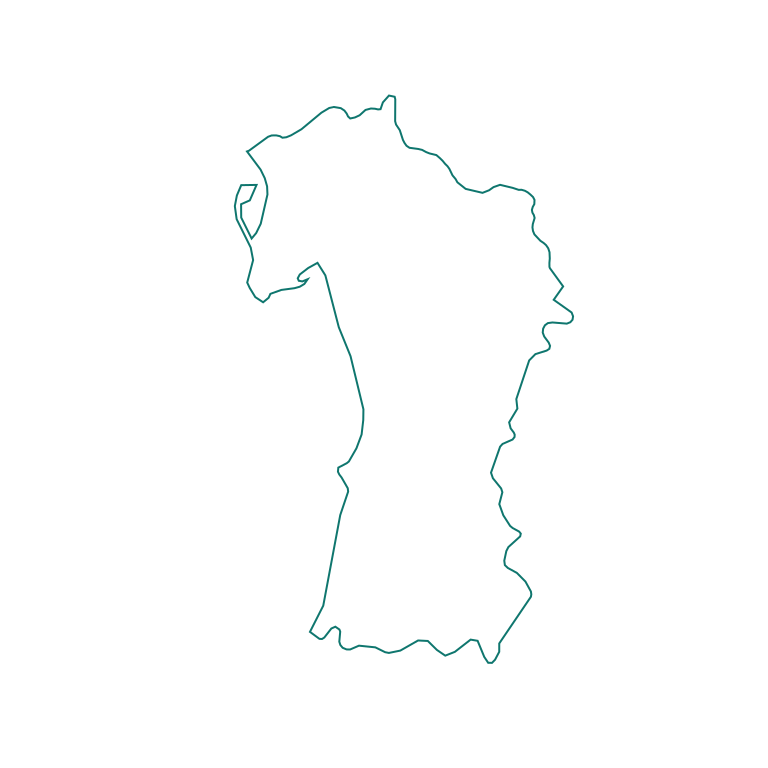 the border of Tarragona, rotated 121°
{"feature_id": "ESP-5846", "entity_name": "Tarragona", "entity_type": "Autonomous Community", "adm_level": 1, "iso_a3": "ESP", "parent_name": "Spain", "parent_adm1": "", "projection": "equal_earth", "projection_center": [0.73, 41.051], "detail": "fine", "context": "isolated", "style": "outline", "palette": "teal", "viewbox_px": 768, "rotation_deg": 121, "n_neighbors": 0, "source": "natural_earth", "source_scale": "10m", "svg_char_len": 2734}
<svg xmlns="http://www.w3.org/2000/svg" viewBox="0 0 768 768"><g transform="rotate(121 384 384)"><path d="M634.6,319.8L605.3,321.9L518.9,354.0L494.7,359.3L492.0,361.4L486.0,372.2L484.6,375.7L482.9,378.3L479.2,380.1L471.0,375.1L468.5,374.2L453.3,374.5L438.8,377.2L425.6,383.2L416.3,388.6L377.4,427.0L358.6,452.0L321.1,490.2L314.4,503.4L323.6,508.7L333.5,512.6L337.8,512.4L339.4,510.2L338.1,506.8L333.5,503.4L339.3,503.8L344.0,506.3L348.0,510.1L356.2,520.4L365.2,527.8L369.5,527.3L376.2,529.7L375.8,539.1L370.8,548.6L367.5,553.5L345.2,560.0L335.7,568.5L318.6,595.2L308.3,603.5L298.2,607.2L287.1,608.8L279.0,595.8L295.7,593.6L303.5,599.1L314.9,592.1L327.5,572.4L320.5,571.3L310.1,572.2L281.6,581.5L274.8,586.0L269.0,592.2L263.8,600.2L255.2,621.2L253.6,619.9L231.8,610.7L228.8,608.3L226.4,604.4L225.2,600.9L225.2,597.9L222.8,594.8L218.8,591.8L208.2,586.0L183.7,577.4L175.6,573.1L172.4,569.7L169.8,563.1L170.0,558.8L171.4,555.3L173.2,552.6L173.8,549.7L170.5,546.2L166.2,543.3L158.6,541.0L154.6,537.1L152.7,533.5L151.7,530.5L150.2,528.5L143.2,530.0L134.2,528.3L132.3,522.8L134.1,521.0L153.0,509.8L155.4,507.3L158.3,501.2L165.0,493.5L166.8,490.6L168.2,487.4L168.4,483.8L164.9,475.7L163.7,471.9L163.5,467.3L162.9,463.7L160.8,457.0L161.6,452.4L162.5,448.7L163.8,445.1L164.6,441.8L165.9,438.8L169.9,432.7L171.4,428.3L173.3,425.0L174.7,414.5L169.4,398.0L163.8,393.7L158.8,391.5L153.5,387.1L149.6,374.7L148.2,368.5L146.7,366.2L145.8,362.8L145.7,359.5L146.2,356.1L147.0,352.5L148.7,349.8L152.4,347.8L155.6,347.7L158.6,346.9L160.7,345.0L162.0,342.6L164.1,340.4L170.3,338.8L173.3,337.4L176.1,335.1L178.3,332.1L180.7,323.7L180.9,319.8L181.5,316.6L183.1,313.1L185.8,310.0L191.1,306.5L195.0,304.6L198.4,302.5L199.3,301.4L208.1,280.7L224.4,281.9L226.1,260.0L228.6,256.8L231.8,255.5L235.1,256.1L238.1,258.4L244.5,271.3L247.4,274.9L250.8,276.3L254.6,276.1L258.2,274.4L260.8,271.1L263.7,264.1L265.8,261.3L268.7,260.4L271.6,261.8L280.4,269.6L289.0,271.7L328.8,262.8L336.4,257.0L352.4,257.0L356.8,252.6L358.8,247.7L360.1,245.9L362.2,244.8L365.4,245.2L374.3,251.5L377.9,252.2L404.9,246.6L408.7,242.1L413.2,229.8L415.8,226.8L427.6,223.3L435.1,214.1L440.7,202.8L441.2,199.5L440.9,192.2L441.8,189.7L444.5,188.8L459.7,193.4L464.2,193.1L473.5,189.9L477.0,187.1L477.9,183.1L477.5,172.8L480.5,161.0L486.2,151.2L488.4,149.4L490.7,148.5L547.0,151.6L554.2,147.3L563.1,146.8L567.4,147.8L569.3,151.1L566.3,157.5L555.9,171.5L558.5,178.1L577.1,185.3L585.3,191.6L584.7,201.7L581.7,214.1L586.3,222.7L604.1,232.7L612.0,241.3L613.3,244.9L614.2,255.8L621.2,270.7L629.0,276.3L630.8,279.4L631.4,283.6L630.2,287.0L627.9,289.6L618.8,294.0L617.4,295.8L617.1,300.7L620.7,303.2L632.1,304.6L634.5,305.8L635.7,308.1L634.6,319.8Z" fill="none" stroke="#0f766e" stroke-width="2"/></g></svg>